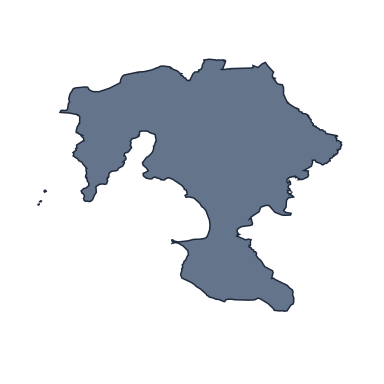 the district of Musoma, Mara, United Republic of Tanzania, rotated 263°
{"feature_id": "72390352B7456768278221", "entity_name": "Musoma", "entity_type": "district", "adm_level": 2, "iso_a3": "TZA", "parent_name": "United Republic of Tanzania", "parent_adm1": "Mara", "projection": "equal_earth", "projection_center": [33.547, -1.825], "detail": "fine", "context": "isolated", "style": "filled", "palette": "slate", "viewbox_px": 384, "rotation_deg": 263, "n_neighbors": 0, "source": "geoboundaries", "source_scale": "gbopen_adm2", "svg_char_len": 6045}
<svg xmlns="http://www.w3.org/2000/svg" viewBox="0 0 384 384"><g transform="rotate(263 192 192)"><path d="M321.7,225.2L321.5,219.8L319.5,220.0L318.2,218.6L316.1,217.5L315.0,217.5L312.7,215.9L312.2,213.4L310.6,213.3L310.7,209.3L309.2,207.4L303.1,203.5L303.3,202.5L302.8,201.8L304.2,200.0L305.9,199.6L306.2,198.2L308.8,196.6L309.1,195.2L310.6,195.5L310.8,195.9L311.5,193.8L312.8,193.3L314.3,191.7L315.9,188.4L318.2,186.1L317.8,185.9L318.8,185.5L320.6,178.7L320.7,176.0L319.6,173.4L319.7,172.7L318.1,167.1L317.5,161.5L317.3,158.8L317.6,153.7L317.3,153.2L317.6,153.3L316.4,139.1L315.9,137.8L314.6,136.4L311.9,134.8L309.2,134.1L305.1,122.9L302.9,112.1L303.6,106.4L304.4,104.7L305.9,102.5L308.7,101.2L309.3,98.9L309.5,89.2L309.0,86.8L303.8,82.7L299.5,81.0L296.1,81.4L295.1,80.2L289.7,78.7L288.6,77.7L288.3,76.0L289.0,72.6L288.7,71.7L287.1,70.7L285.3,79.9L282.7,87.9L282.3,87.6L280.8,89.8L273.8,88.8L273.8,88.1L272.9,88.0L270.7,86.0L266.8,84.5L265.0,84.4L265.0,85.8L264.5,85.7L263.5,86.7L261.7,90.0L261.5,88.8L260.3,89.4L259.4,90.7L256.0,91.0L256.1,90.3L252.6,83.1L249.7,83.1L249.4,81.8L247.7,82.1L245.6,78.6L244.5,79.6L242.3,78.4L238.6,82.8L237.0,83.3L234.9,86.5L233.3,87.0L228.7,90.1L228.8,89.7L225.8,89.5L222.8,89.7L221.5,88.5L220.3,88.4L219.3,89.1L219.4,88.4L216.9,89.6L215.7,89.3L213.7,90.6L210.9,90.3L208.6,86.7L208.8,85.2L206.6,82.1L204.3,82.6L204.0,83.5L201.9,84.6L200.6,84.7L198.9,83.6L196.9,83.9L196.2,84.4L195.6,86.0L195.8,87.1L194.9,89.1L195.3,90.6L196.5,92.4L200.6,94.7L203.3,97.0L209.0,97.3L210.9,101.1L210.9,104.3L210.2,106.6L210.6,108.3L213.7,109.7L215.4,109.1L216.3,110.4L216.8,110.1L217.0,111.2L220.0,111.7L221.2,112.7L222.4,115.0L222.3,119.5L222.8,120.8L224.5,122.0L226.2,126.4L228.9,128.4L229.8,128.4L230.4,128.0L230.4,127.5L232.4,130.3L233.4,130.7L235.9,130.0L236.2,129.0L238.2,129.6L238.8,130.1L239.3,133.3L240.2,133.9L240.5,135.0L241.6,135.4L243.2,137.4L245.2,137.0L245.5,136.3L248.3,137.6L250.0,136.9L251.1,138.3L252.2,138.7L252.5,142.5L253.7,146.0L254.8,145.6L255.0,146.7L258.4,147.4L258.6,150.8L257.7,155.7L256.1,157.2L253.6,162.4L246.6,162.7L246.5,162.0L243.1,160.5L241.9,159.3L240.6,159.5L237.1,158.1L235.0,156.2L232.2,152.4L232.2,151.4L227.1,146.4L224.6,146.7L221.2,149.8L218.5,151.1L217.5,149.3L216.4,145.8L214.0,145.7L211.4,148.2L210.1,151.7L210.0,153.8L211.2,155.5L211.4,157.4L210.7,157.8L209.1,161.8L207.9,162.7L207.3,166.1L208.5,167.9L209.1,170.2L207.1,174.3L205.1,176.6L199.9,182.6L196.8,184.7L195.7,184.6L194.4,186.6L190.4,187.0L189.5,184.7L187.5,185.4L187.5,188.2L185.9,193.0L179.9,198.3L176.3,199.9L175.2,201.3L172.0,203.5L161.9,205.9L156.9,205.8L152.4,204.9L147.2,202.4L145.2,200.8L144.8,199.9L144.4,198.6L144.2,193.9L144.8,188.0L144.0,181.7L144.1,172.1L145.5,168.3L146.9,167.0L146.8,166.1L145.8,166.1L144.9,167.5L143.5,166.2L143.8,169.3L143.0,172.0L139.4,176.7L134.1,180.8L129.7,180.7L128.9,179.5L125.2,177.4L124.1,175.6L122.1,175.0L120.9,173.4L118.4,173.7L117.1,172.4L115.1,172.3L111.5,170.6L107.8,171.5L102.7,179.7L99.6,183.4L98.1,184.3L94.4,188.9L88.9,193.7L87.6,194.2L86.6,195.8L85.7,196.2L84.1,200.4L82.6,202.7L82.2,205.3L79.3,210.4L79.2,211.1L80.9,212.5L81.2,213.9L80.9,217.8L79.9,221.1L77.8,234.9L77.3,241.0L78.6,244.5L77.9,246.4L72.1,253.8L66.7,258.3L64.5,259.3L63.2,264.9L63.2,267.6L62.3,269.0L62.6,269.6L62.4,271.8L67.7,276.3L68.6,278.8L69.7,279.3L74.4,280.2L77.4,279.3L80.5,280.1L82.5,279.8L84.9,277.1L87.7,275.2L95.0,263.9L96.5,262.4L96.5,260.5L102.2,262.7L104.0,262.3L109.0,255.1L115.5,252.1L118.3,249.5L121.4,247.9L122.9,248.6L124.9,247.9L125.4,246.1L127.0,246.0L128.0,244.3L129.3,243.9L130.2,242.1L131.7,242.0L131.2,242.7L131.8,243.5L135.6,243.9L137.5,244.8L138.3,242.4L138.0,239.3L142.9,231.0L144.1,233.8L144.6,232.2L145.3,232.9L146.5,232.0L148.9,232.1L150.3,233.9L151.6,237.0L151.7,246.0L152.1,247.7L153.0,248.2L158.6,247.5L158.1,246.0L160.1,247.8L164.2,256.1L168.5,258.4L169.7,263.5L169.3,266.7L161.8,271.8L158.7,277.4L157.7,280.0L157.1,287.0L158.7,287.8L160.4,282.4L162.4,280.6L165.4,283.5L172.2,284.8L174.4,286.9L174.7,292.3L176.2,291.2L176.7,289.8L177.5,289.6L178.7,290.4L177.8,288.3L178.5,288.6L179.8,286.7L180.5,287.3L181.9,286.9L181.8,288.5L181.1,290.0L183.6,289.2L183.9,288.3L184.5,287.9L186.8,288.5L187.7,290.8L189.9,290.8L191.5,289.8L189.6,289.2L189.4,287.9L190.8,287.5L193.1,288.0L194.7,290.7L194.7,292.6L195.2,292.8L194.8,294.4L195.1,294.9L194.6,295.6L195.1,296.4L194.0,296.7L194.5,297.0L194.3,297.5L193.8,297.5L191.5,301.1L191.7,299.4L191.3,299.0L191.0,303.1L192.5,308.0L193.3,309.1L194.8,309.8L195.6,309.3L198.6,310.1L199.7,305.7L203.1,313.7L206.8,315.3L208.9,315.3L208.6,318.0L206.7,318.8L204.6,323.3L203.1,324.5L203.1,325.6L204.3,328.0L204.1,328.9L204.5,329.9L205.8,331.4L206.1,333.0L208.1,332.6L209.0,335.4L210.0,336.2L210.2,337.2L211.3,337.2L211.2,339.0L212.0,339.4L212.0,340.4L213.4,341.6L214.8,341.4L215.1,342.0L216.0,341.6L215.8,342.5L216.4,342.7L216.3,344.1L217.4,344.9L218.6,344.8L219.5,345.8L220.9,346.3L222.0,345.3L223.1,346.3L225.3,343.2L225.3,341.8L227.7,342.2L228.5,341.1L229.1,341.0L229.7,343.1L230.1,343.0L233.7,332.2L236.1,331.3L236.4,329.9L237.7,329.2L238.2,326.2L239.4,325.8L241.3,322.8L241.9,323.1L243.3,320.2L244.6,320.7L247.6,318.7L249.5,319.0L250.4,317.7L251.8,317.6L252.0,316.8L253.4,317.0L253.7,316.0L254.5,316.2L255.6,314.5L256.6,311.1L257.8,310.9L258.4,309.2L259.9,307.8L261.1,308.1L262.1,306.9L261.8,306.2L262.8,305.5L263.7,303.7L268.7,297.9L268.8,298.4L270.7,297.0L278.0,294.8L284.3,295.6L287.5,294.7L288.4,291.1L290.0,289.1L291.6,288.7L292.6,287.7L293.2,288.0L294.4,286.8L294.8,288.1L295.5,286.6L296.7,285.9L298.9,286.2L301.0,287.6L307.9,282.6L311.7,280.6L310.6,277.2L307.5,272.7L310.1,267.9L308.0,267.8L307.8,266.4L309.8,245.0L309.3,244.8L309.8,243.6L309.7,238.4L310.1,236.3L310.8,237.7L316.0,240.5L317.8,241.2L318.1,239.9L318.7,240.6L319.3,239.2L319.5,235.6L320.0,234.6L319.6,232.6L320.2,231.8L321.7,225.2ZM210.4,47.4L211.6,46.8L211.5,45.6L210.7,45.3L209.8,45.7L210.4,47.4ZM201.4,41.4L201.7,40.5L200.9,39.7L200.7,40.9L201.4,41.4ZM198.7,38.8L198.4,37.7L197.8,37.9L198.1,38.8L198.7,38.8Z" fill="#64748b" stroke="#1e293b" stroke-width="1.5"/></g></svg>